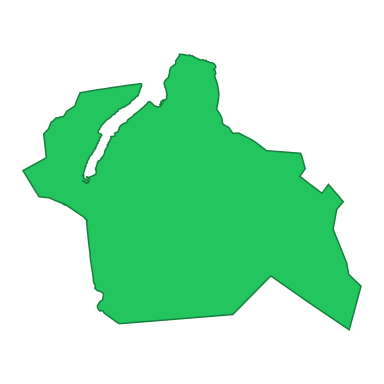 Omasvuotna sme 2, Troms, Norway
{"feature_id": "86288312B64496782861055", "entity_name": "Omasvuotna sme 2", "entity_type": "district", "adm_level": 2, "iso_a3": "NOR", "parent_name": "Norway", "parent_adm1": "Troms", "projection": "mercator", "projection_center": [20.196, 69.248], "detail": "fine", "context": "isolated", "style": "filled", "palette": "green", "viewbox_px": 384, "rotation_deg": 0, "n_neighbors": 0, "source": "geoboundaries", "source_scale": "gbopen_adm2", "svg_char_len": 5800}
<svg xmlns="http://www.w3.org/2000/svg" viewBox="0 0 384 384"><path d="M23.0,170.6L36.0,192.0L37.1,193.6L37.5,194.0L37.7,194.5L38.8,196.4L39.2,196.8L49.2,197.8L56.3,201.0L57.2,201.2L64.5,204.2L64.4,204.4L64.5,204.4L64.5,204.6L64.2,204.7L65.0,205.1L65.2,204.5L67.8,206.2L84.3,217.4L86.4,220.2L87.0,220.3L86.6,221.1L86.7,223.8L87.1,226.2L87.2,228.4L87.7,233.1L87.9,234.9L88.0,236.5L88.4,239.5L88.5,241.5L90.0,253.2L90.1,255.6L90.2,257.2L90.6,259.7L90.6,260.9L91.1,263.2L91.2,264.6L91.4,265.5L91.5,266.9L91.7,267.6L91.8,268.5L92.2,270.3L92.2,271.1L92.7,273.4L92.8,274.6L92.9,275.2L92.9,276.1L93.3,278.2L93.3,279.9L93.5,281.1L93.6,282.2L94.2,283.8L95.1,284.9L95.4,285.5L94.9,287.5L94.9,288.5L96.1,289.4L97.6,290.8L99.2,291.1L100.7,291.6L102.2,292.5L103.2,293.2L103.4,293.7L103.5,294.2L102.8,298.7L102.4,299.9L99.5,301.9L98.5,304.0L97.7,305.2L97.5,305.9L97.4,306.6L97.5,307.1L97.8,308.2L98.3,308.9L98.7,309.8L99.6,310.8L101.4,310.9L102.2,310.7L102.8,310.8L104.2,313.1L115.8,321.5L119.3,323.7L175.3,319.2L232.8,314.5L270.8,275.9L308.5,302.3L349.2,329.8L361.0,286.2L348.7,274.4L346.7,263.1L333.1,229.2L336.7,209.4L343.3,201.7L341.2,199.4L338.0,195.3L334.4,191.4L332.5,189.0L328.4,184.4L327.0,186.4L325.0,189.2L323.1,191.8L321.9,193.2L307.0,182.0L301.8,177.8L299.8,176.4L305.2,168.7L302.0,157.2L300.7,153.3L266.5,150.7L256.9,143.2L253.1,140.6L238.9,133.1L232.7,133.3L228.8,127.5L222.7,124.0L222.2,120.3L221.4,116.9L219.8,113.9L216.6,109.2L218.3,100.8L218.5,99.1L218.9,94.1L218.3,89.7L217.3,83.8L217.0,83.1L216.7,82.0L216.2,80.7L216.0,80.0L215.7,79.3L214.7,76.5L214.9,75.5L214.9,74.9L215.1,74.5L215.5,74.2L215.8,73.4L215.5,72.7L215.6,72.4L215.3,71.6L215.2,70.6L215.1,70.4L214.7,70.1L213.5,69.8L213.5,69.7L213.5,69.3L213.7,69.0L214.5,68.8L215.2,68.0L215.7,67.6L215.8,67.2L215.8,66.8L215.3,65.7L214.6,64.3L214.0,63.7L211.3,62.6L209.3,62.4L208.3,61.6L206.2,61.4L206.2,61.2L206.3,60.6L206.1,60.4L205.7,60.5L204.1,60.3L202.8,59.7L201.3,60.0L200.1,59.9L198.2,58.9L195.2,57.7L193.3,56.3L192.5,56.1L192.2,55.7L191.5,55.9L190.0,55.4L189.6,55.1L189.2,55.0L187.8,55.5L186.1,55.1L185.5,54.7L183.8,54.8L183.2,54.5L181.8,54.5L180.6,54.2L179.9,54.4L179.4,54.3L179.5,55.3L177.8,58.0L175.7,60.8L175.7,63.0L175.1,64.7L174.1,65.0L171.2,67.1L170.4,68.4L169.7,70.2L169.5,72.0L169.6,73.4L169.3,73.8L168.8,75.4L168.5,76.1L168.9,77.1L166.4,79.2L165.1,80.9L164.3,82.2L164.1,83.7L164.7,85.8L165.1,87.6L165.6,88.4L166.4,91.2L167.0,95.4L166.6,95.6L166.7,97.6L166.3,99.0L164.8,99.9L163.8,101.2L163.7,100.1L163.1,99.8L162.3,100.8L161.2,101.4L160.6,103.1L161.4,103.8L162.1,103.2L162.5,103.7L161.9,104.3L161.5,105.0L160.0,104.7L160.4,106.0L159.9,106.8L158.9,106.7L157.0,106.9L155.5,106.1L154.4,105.8L151.4,102.8L150.0,101.7L148.4,101.9L146.8,103.7L146.6,104.3L146.0,104.6L144.1,106.5L138.1,111.7L133.5,115.0L133.3,115.9L128.1,119.6L127.6,120.3L127.4,121.0L126.8,121.8L126.3,122.7L123.2,123.7L121.7,124.9L120.5,125.6L120.2,126.4L119.5,127.2L119.1,127.8L119.1,128.3L119.3,128.7L118.1,131.1L118.0,131.9L117.8,132.3L117.3,132.4L116.5,132.2L115.5,132.7L114.6,133.3L115.0,134.8L115.3,135.5L115.2,136.0L113.6,136.3L113.1,136.2L112.5,136.5L111.1,136.4L110.8,136.6L111.3,137.5L111.0,138.0L111.0,138.7L110.2,139.6L110.1,140.4L109.7,141.0L109.6,141.5L109.0,142.0L108.8,142.3L108.4,142.6L108.6,143.9L108.4,144.2L107.7,144.3L107.2,145.0L107.6,145.6L107.7,146.1L107.7,146.4L106.9,147.2L106.2,148.4L104.9,150.7L104.9,151.9L104.3,153.2L104.2,154.0L103.7,155.4L103.2,155.8L102.8,156.4L102.5,156.8L102.0,158.1L101.4,158.1L101.1,158.3L100.8,159.3L100.6,159.8L98.4,161.0L97.5,162.3L97.3,163.4L96.8,165.2L96.4,166.0L96.4,166.7L96.3,167.1L95.9,167.5L96.0,168.4L95.5,168.9L95.7,169.4L96.0,169.8L95.9,169.9L95.6,169.7L95.6,169.8L96.1,170.3L96.2,170.9L96.1,173.2L95.9,173.7L95.9,174.2L92.7,175.9L90.1,176.8L89.5,177.2L89.5,177.5L88.5,177.4L86.7,176.8L86.6,177.0L86.5,177.4L87.3,178.1L88.3,178.2L89.3,178.9L89.4,179.4L88.6,180.1L89.0,180.7L88.9,181.5L88.5,182.4L87.6,182.9L87.3,183.3L86.9,183.3L85.9,182.9L85.1,182.7L84.0,181.7L82.7,181.2L82.9,180.8L83.4,180.9L84.8,181.4L85.8,182.4L87.6,182.5L88.2,182.1L88.5,181.6L88.5,181.2L88.4,180.9L88.2,180.6L87.3,180.4L87.0,179.7L85.3,179.2L83.9,178.5L83.8,177.7L83.4,177.2L83.6,176.7L83.8,176.2L83.8,175.7L83.2,175.9L82.7,175.7L82.9,174.8L83.3,174.2L83.7,173.2L83.8,172.2L84.1,171.2L84.4,170.2L84.8,169.3L84.8,168.5L85.2,167.9L85.2,167.5L85.3,167.0L86.0,166.2L85.8,165.6L86.0,164.6L86.5,163.6L87.0,163.1L87.1,162.3L87.2,161.5L87.7,160.5L88.7,159.1L88.9,158.4L89.8,156.4L90.2,155.9L90.7,155.7L92.0,154.0L92.1,153.5L93.1,152.2L93.8,150.5L94.5,149.7L94.6,149.1L95.1,149.0L95.2,148.4L95.4,148.2L95.7,148.1L95.7,147.4L96.4,146.0L97.0,144.4L97.3,143.8L97.9,143.4L98.1,142.6L98.2,141.8L98.5,141.1L99.3,140.8L99.5,140.3L99.4,139.4L99.4,138.9L99.6,138.4L99.7,137.8L99.9,137.6L100.5,137.6L100.6,137.4L100.7,136.5L101.2,135.8L101.8,135.6L101.8,135.4L101.5,134.6L100.8,133.9L99.1,133.5L98.5,133.1L98.3,132.6L98.1,131.2L98.3,130.5L98.9,130.0L99.1,129.7L99.4,129.4L100.1,128.0L101.2,126.2L101.4,125.5L102.0,125.0L102.5,124.4L104.3,122.6L106.0,120.5L108.0,119.0L108.8,118.7L109.2,118.0L110.1,117.8L110.8,117.0L111.6,116.3L111.9,115.5L112.3,115.0L114.5,114.4L115.0,114.0L115.3,113.4L115.5,112.4L115.9,112.1L116.8,111.9L118.0,111.0L118.1,110.8L118.1,109.7L118.4,109.4L118.9,109.1L119.8,109.0L122.2,107.6L123.4,107.2L124.2,107.1L125.0,106.3L125.7,106.1L127.3,104.8L128.8,104.2L129.6,103.3L130.4,102.9L131.2,101.0L133.6,99.5L136.5,96.6L137.1,96.2L137.8,96.0L138.9,93.1L139.6,91.9L139.7,90.5L141.4,86.6L141.6,84.1L141.2,83.7L140.8,83.7L127.8,85.3L121.4,86.3L113.3,87.4L104.4,88.8L97.2,89.8L80.9,92.6L80.2,92.6L77.3,99.3L75.5,103.8L75.3,105.7L66.7,111.3L64.0,116.0L63.4,116.6L60.4,117.0L59.3,117.5L56.0,118.0L52.7,121.4L51.3,122.0L51.0,122.4L48.7,128.6L43.7,134.0L46.4,157.7L23.0,170.6Z" fill="#22c55e" stroke="#15803d" stroke-width="1.5"/></svg>